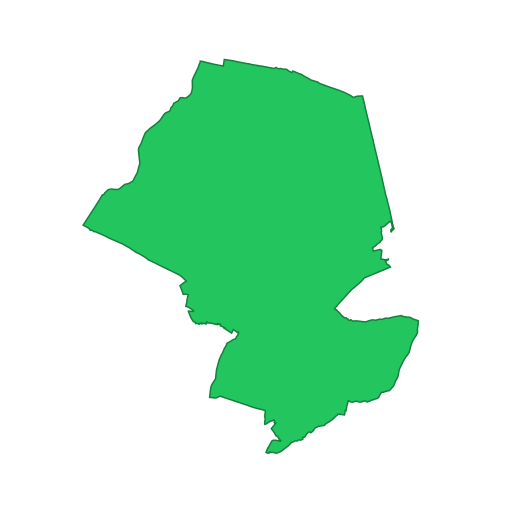 outline of Preutesti, Suceava, Romania, rotated 284°
{"feature_id": "2599482B63843980384548", "entity_name": "Preutesti", "entity_type": "district", "adm_level": 2, "iso_a3": "ROU", "parent_name": "Romania", "parent_adm1": "Suceava", "projection": "mercator", "projection_center": [26.401, 47.454], "detail": "fine", "context": "isolated", "style": "filled", "palette": "green", "viewbox_px": 512, "rotation_deg": 284, "n_neighbors": 0, "source": "geoboundaries", "source_scale": "gbopen_adm2", "svg_char_len": 6055}
<svg xmlns="http://www.w3.org/2000/svg" viewBox="0 0 512 512"><g transform="rotate(284 256 256)"><path d="M277.8,389.1L279.1,387.3L279.7,384.9L282.4,382.9L284.4,385.3L285.0,385.2L283.7,382.8L283.5,381.9L283.5,380.3L283.3,378.0L284.7,377.6L291.8,376.8L292.4,374.9L289.2,368.6L292.3,367.1L294.4,369.3L296.9,370.8L299.6,373.1L300.7,373.2L301.3,373.9L303.1,374.5L304.1,374.3L308.1,372.2L309.7,371.8L310.8,371.8L312.5,371.1L314.2,370.1L314.3,370.2L314.6,371.4L315.1,372.5L316.0,373.4L318.2,375.0L320.3,376.3L322.3,377.9L322.2,378.1L321.8,378.6L320.3,379.7L316.3,381.7L314.2,380.6L312.6,380.8L312.1,381.3L312.3,381.5L313.5,381.8L315.0,382.9L315.9,383.3L316.2,383.2L317.1,382.3L333.9,374.1L337.5,372.1L342.5,369.5L346.2,367.3L364.2,358.3L394.7,342.5L396.4,341.8L399.3,340.1L409.9,334.7L426.1,326.2L428.3,325.2L437.0,320.7L436.6,318.8L435.3,315.0L434.0,313.1L433.5,312.0L433.8,310.8L434.5,309.4L436.1,302.3L436.9,295.8L438.0,283.3L438.9,275.7L439.5,274.5L439.8,273.6L439.8,271.7L440.1,266.4L440.6,265.3L442.2,258.9L443.2,256.4L443.2,255.1L443.6,252.4L444.4,247.0L442.7,246.5L443.4,242.9L444.2,241.5L444.5,240.3L444.3,238.6L443.9,237.4L443.8,236.7L443.9,234.3L443.3,233.0L443.2,232.4L443.5,230.4L443.8,229.9L442.5,228.3L442.3,227.8L441.6,215.3L441.1,212.1L441.3,212.1L440.7,205.4L440.8,203.2L440.3,197.8L439.8,185.9L439.0,177.7L432.4,178.3L431.9,169.5L431.8,158.4L431.9,157.0L431.6,154.7L430.5,155.0L428.4,154.5L425.0,154.3L415.0,152.2L411.4,151.7L410.0,151.9L404.5,153.5L402.5,153.8L398.1,153.8L395.6,152.5L392.8,150.2L392.3,149.6L391.9,148.2L391.9,146.3L391.2,144.2L390.4,143.8L389.2,143.6L387.6,142.9L385.8,140.9L385.5,140.7L384.3,139.2L381.7,138.9L380.8,138.6L379.7,137.7L376.4,137.4L375.5,136.9L372.7,133.4L370.9,132.4L364.4,130.0L360.3,127.3L353.7,121.9L353.2,121.7L349.0,118.9L344.6,118.1L337.4,117.3L333.2,116.2L331.4,116.1L329.4,116.6L317.7,120.9L314.0,120.7L308.6,120.7L299.0,118.4L295.9,115.4L294.9,113.8L294.0,111.7L293.6,111.2L288.0,107.1L287.4,106.1L286.9,104.9L286.3,102.3L286.2,100.4L285.9,99.2L285.1,97.5L284.6,96.6L280.9,94.1L279.3,93.6L278.5,93.2L278.2,92.7L278.2,92.2L268.6,89.2L244.1,80.8L242.4,87.4L242.2,87.7L241.4,88.1L240.9,89.2L241.3,90.9L240.4,92.8L240.7,94.2L239.4,102.2L237.6,110.4L235.7,121.9L235.6,123.0L233.0,132.2L232.3,133.7L231.8,135.6L230.8,137.9L230.4,139.4L229.8,142.6L228.1,148.2L226.9,151.3L226.2,152.4L225.4,157.0L222.8,168.5L219.2,185.7L218.6,187.6L217.6,189.6L214.8,194.4L212.6,192.4L208.8,189.4L205.5,191.9L201.1,194.7L202.0,196.6L202.1,199.7L196.2,199.6L195.7,200.0L190.2,200.0L190.1,201.6L189.8,203.3L188.4,207.4L187.6,208.7L187.4,208.9L187.1,208.8L186.3,204.2L186.1,203.8L185.8,203.8L180.6,207.6L179.4,208.7L177.2,211.1L177.0,212.9L175.9,213.7L175.9,214.3L176.4,214.7L176.5,215.1L176.4,215.6L176.0,216.9L176.0,217.1L176.4,216.9L176.8,217.1L176.8,217.7L176.9,218.0L177.2,218.3L176.9,219.1L177.7,219.6L177.3,220.0L177.2,220.2L177.4,220.6L178.1,221.4L178.1,221.8L177.9,222.2L177.9,222.6L178.2,223.1L178.0,223.5L177.9,223.9L179.6,223.8L180.1,223.9L180.0,224.5L179.3,224.9L179.5,226.6L180.0,228.2L179.9,228.9L180.1,230.9L180.0,231.8L179.8,232.4L179.9,232.8L180.2,233.2L180.2,233.6L180.0,234.5L180.1,235.0L180.9,235.0L181.2,235.1L181.3,235.4L181.2,235.7L180.5,236.0L180.6,236.7L181.3,237.6L181.3,237.9L181.2,238.1L179.6,238.3L179.5,239.5L178.8,242.8L178.3,242.4L175.3,251.0L179.2,251.8L177.3,256.6L177.9,256.8L177.2,257.8L176.7,257.5L174.9,257.5L172.9,256.6L170.9,256.3L169.2,253.8L167.6,252.4L165.0,249.7L164.4,249.1L163.7,248.8L162.1,248.8L158.7,247.7L154.2,247.0L150.7,246.1L146.2,245.4L135.9,245.2L127.5,246.4L126.7,246.3L120.4,244.2L118.4,244.0L115.8,244.1L107.6,245.2L108.4,251.0L108.8,251.9L109.5,252.8L110.0,253.2L111.3,255.1L109.1,283.3L108.6,287.7L108.3,294.2L108.4,296.5L108.3,302.1L107.3,302.7L102.5,303.2L100.0,304.4L96.6,304.6L94.8,305.3L95.2,306.1L98.9,309.7L100.2,311.9L101.3,312.9L100.2,314.2L99.4,313.9L98.8,313.9L98.4,314.4L98.3,314.8L98.5,315.6L92.2,312.6L91.6,313.1L91.3,313.8L88.7,316.8L86.5,318.7L85.9,320.9L83.5,323.0L83.3,324.4L83.0,324.7L82.3,324.6L82.1,324.3L82.1,321.2L82.0,320.0L81.6,318.1L81.2,317.0L80.8,316.4L75.9,314.9L72.7,314.2L72.5,313.8L68.0,313.3L68.1,313.6L68.0,313.9L67.5,314.4L67.5,315.2L68.2,316.7L68.5,316.8L69.2,316.7L69.5,316.9L69.0,318.2L69.5,319.4L69.6,320.7L69.5,323.0L69.8,324.1L72.5,327.6L79.5,333.2L83.7,335.6L85.0,337.7L86.2,338.8L86.3,340.3L86.7,340.8L87.6,341.7L88.0,342.5L88.1,343.8L89.4,345.7L89.7,345.8L91.1,345.1L92.1,347.0L93.2,347.6L94.7,347.8L96.8,348.9L98.0,350.1L98.2,350.7L97.8,352.0L98.6,352.7L100.1,353.7L103.6,355.0L105.8,357.9L107.1,360.7L107.9,362.8L108.5,363.5L110.4,364.6L113.0,367.3L115.8,369.7L120.1,372.4L121.0,373.2L122.2,373.6L122.5,374.2L123.2,380.3L125.9,380.1L127.1,379.6L127.6,380.9L131.3,380.5L137.9,380.5L138.0,380.7L138.0,381.2L137.4,382.3L137.3,383.7L137.5,384.6L137.7,385.6L138.5,386.6L139.3,388.1L139.4,389.5L139.3,392.0L139.7,393.3L141.1,395.4L141.7,396.5L141.8,397.1L141.7,397.8L141.3,398.4L141.2,398.9L142.9,401.9L143.7,402.3L144.0,402.8L145.2,405.2L146.1,406.1L146.4,407.1L147.4,408.4L148.4,409.2L149.1,409.4L150.2,409.5L152.5,410.3L153.8,410.5L154.2,411.0L154.6,412.6L156.0,414.6L157.4,417.3L157.6,418.0L163.3,421.0L165.5,421.3L167.5,421.5L171.7,422.6L173.6,422.9L180.4,422.5L182.1,422.8L188.5,424.1L193.8,425.6L196.1,426.7L199.5,427.9L207.9,428.0L210.0,428.3L213.2,429.0L217.5,430.6L220.0,431.1L221.1,431.2L223.8,430.4L229.2,429.8L232.4,429.1L232.6,427.9L232.8,423.8L233.7,420.9L233.7,419.8L233.3,417.6L232.9,414.1L233.3,411.3L229.9,403.7L227.9,400.2L227.4,399.0L227.3,397.9L227.0,396.6L225.0,393.7L224.7,391.6L224.5,390.9L222.6,387.7L222.3,384.6L221.3,382.6L218.8,378.6L218.5,377.9L218.2,375.9L217.4,369.3L216.3,365.6L216.7,364.3L217.1,363.6L217.0,363.3L216.2,362.7L216.3,362.3L216.2,361.9L216.4,360.9L217.2,360.3L217.0,359.5L217.7,358.7L217.8,358.4L217.6,357.8L217.7,355.9L218.5,354.8L219.2,353.1L220.2,352.0L221.7,349.7L222.1,348.7L223.2,347.3L223.3,345.4L223.8,345.1L224.5,345.2L227.4,346.8L228.6,347.2L246.2,356.7L256.0,363.8L259.2,365.6L260.8,366.2L277.8,389.1Z" fill="#22c55e" stroke="#15803d" stroke-width="1.5"/></g></svg>